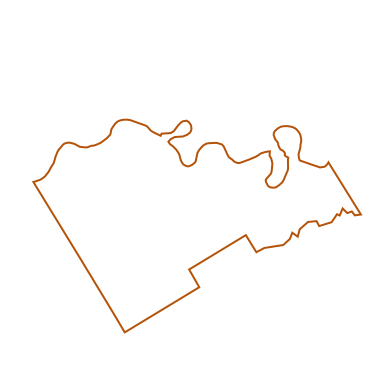 the district of Phillips, Arkansas, United States of America, rotated 238°
{"feature_id": "52423323B7472749595525", "entity_name": "Phillips", "entity_type": "district", "adm_level": 2, "iso_a3": "USA", "parent_name": "United States of America", "parent_adm1": "Arkansas", "projection": "equal_earth", "projection_center": [-90.79, 34.382], "detail": "fine", "context": "isolated", "style": "outline", "palette": "amber", "viewbox_px": 384, "rotation_deg": 238, "n_neighbors": 0, "source": "geoboundaries", "source_scale": "gbopen_adm2", "svg_char_len": 2398}
<svg xmlns="http://www.w3.org/2000/svg" viewBox="0 0 384 384"><g transform="rotate(238 192 192)"><path d="M284.5,62.8L195.3,62.0L135.5,61.2L108.6,60.6L107.4,147.7L127.8,148.5L126.9,214.8L106.8,214.7L106.2,223.7L98.7,241.3L100.3,250.1L104.3,255.5L98.1,258.0L103.3,263.6L105.1,274.5L101.3,282.2L95.7,281.8L92.4,294.5L96.3,303.2L93.8,304.8L98.2,311.0L91.8,312.5L90.8,317.2L85.9,317.7L83.4,323.3L144.8,323.4L144.4,322.8L143.5,320.3L143.2,317.7L145.0,313.6L151.2,308.5L161.7,300.1L164.2,300.7L167.6,302.4L171.9,307.1L174.2,308.8L177.6,311.8L178.8,312.6L183.0,314.1L185.4,314.4L189.6,313.9L191.7,313.0L193.5,311.9L194.6,310.9L197.2,308.0L199.1,304.9L200.2,302.2L200.5,299.2L199.9,295.0L199.4,293.7L198.5,292.5L196.9,291.4L192.5,290.5L188.8,291.0L185.4,289.9L182.2,289.5L180.9,289.8L178.8,291.0L176.9,291.4L175.4,291.3L174.0,290.1L172.0,290.7L170.1,291.9L168.6,290.5L161.1,286.0L159.5,284.5L153.2,275.5L152.3,273.4L151.6,269.4L151.5,265.9L151.8,264.6L152.9,262.8L154.6,260.7L156.8,259.7L160.9,260.0L162.9,260.7L163.3,261.2L163.9,262.5L165.5,268.1L166.2,269.3L167.6,270.7L173.4,275.2L177.9,276.8L181.8,277.1L183.3,278.2L185.2,279.6L186.3,277.4L187.3,274.5L188.1,271.4L188.3,269.8L188.0,267.9L188.1,264.9L189.2,257.9L191.0,249.2L191.6,247.3L192.5,246.1L193.9,244.8L195.3,244.0L198.3,243.2L202.0,241.7L204.1,241.8L213.6,243.0L216.3,242.7L220.0,239.5L221.0,238.3L224.6,231.9L225.4,229.7L225.5,226.3L224.7,222.9L223.9,220.6L222.4,217.5L216.3,211.6L215.5,210.4L215.3,209.6L215.0,206.3L215.5,202.9L216.0,202.0L217.4,200.7L219.6,199.4L221.9,199.1L225.1,199.4L229.8,200.9L231.4,201.2L236.2,201.1L240.7,200.1L244.3,198.7L247.1,198.6L247.6,200.0L248.1,201.8L247.7,206.6L243.9,213.7L243.1,218.2L243.4,221.7L244.5,223.7L246.0,225.1L249.0,226.5L252.3,226.5L255.3,225.3L256.2,223.1L256.8,221.9L256.8,219.4L255.7,215.1L255.5,214.7L253.2,208.7L253.3,205.1L257.6,197.1L256.3,195.2L262.8,191.1L265.2,189.9L266.5,189.5L271.4,188.7L273.1,187.7L285.6,177.8L287.6,175.5L289.2,172.9L290.2,170.7L290.9,168.4L291.2,165.9L290.6,162.9L288.1,157.2L287.0,156.0L284.5,153.7L283.8,152.5L282.7,147.9L282.1,140.8L282.5,137.6L283.0,135.0L283.4,133.2L284.5,131.2L285.4,126.8L286.4,125.1L289.8,120.8L295.1,117.8L298.7,114.4L299.5,113.1L300.4,110.6L300.6,109.2L300.5,107.9L298.6,101.7L297.4,99.3L294.2,94.9L291.5,92.0L289.5,89.6L287.8,85.7L285.2,81.3L283.1,75.5L282.7,70.1L284.5,62.8Z" fill="none" stroke="#b45309" stroke-width="2"/></g></svg>